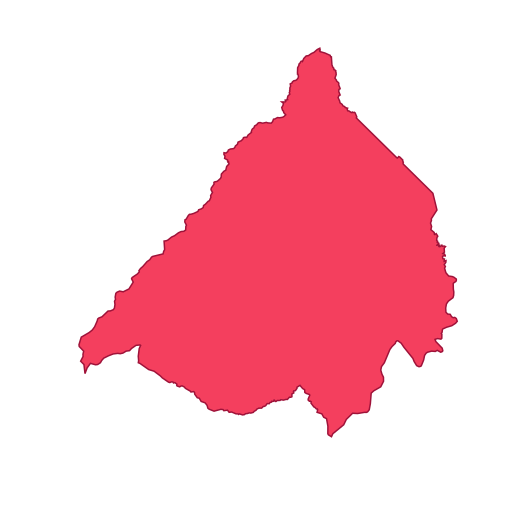 the district of Campoalegre, Huila, Colombia, rotated 169°
{"feature_id": "7082276B79425124325602", "entity_name": "Campoalegre", "entity_type": "district", "adm_level": 2, "iso_a3": "COL", "parent_name": "Colombia", "parent_adm1": "Huila", "projection": "mercator", "projection_center": [-75.337, 2.645], "detail": "fine", "context": "isolated", "style": "filled", "palette": "rose", "viewbox_px": 512, "rotation_deg": 169, "n_neighbors": 0, "source": "geoboundaries", "source_scale": "gbopen_adm2", "svg_char_len": 6048}
<svg xmlns="http://www.w3.org/2000/svg" viewBox="0 0 512 512"><g transform="rotate(169 256 256)"><path d="M446.3,173.2L443.1,178.4L439.0,182.2L434.2,179.8L432.1,179.7L429.1,180.9L427.4,182.9L424.9,184.8L419.8,186.2L414.8,187.1L410.3,186.8L407.9,186.0L405.1,186.1L401.6,187.4L398.2,187.2L395.8,189.0L390.8,191.2L386.8,190.8L386.3,190.3L388.3,187.4L390.7,180.1L391.2,175.6L391.9,173.7L390.3,172.6L383.0,165.0L378.1,162.4L372.7,156.5L371.2,154.2L366.0,148.9L364.7,148.2L363.1,148.6L361.6,148.2L361.2,147.1L359.8,147.2L358.1,145.3L358.5,144.2L358.3,143.5L355.9,142.1L354.2,142.7L353.1,142.5L351.2,140.9L350.6,139.6L346.3,135.9L345.8,134.9L343.0,134.8L342.4,133.8L342.5,132.0L340.7,128.1L338.8,127.2L337.6,123.7L334.0,121.6L332.5,118.7L332.3,115.8L331.3,114.6L326.8,111.7L319.7,112.2L317.6,111.5L317.1,110.3L313.4,110.1L312.2,107.7L309.7,107.5L305.8,104.9L303.7,104.4L303.3,103.8L302.4,104.2L299.6,102.6L297.6,102.5L296.4,103.2L294.6,103.0L292.5,103.3L291.1,102.8L288.5,103.0L287.4,103.9L285.5,104.5L284.4,105.5L282.3,106.1L279.5,105.6L277.6,106.9L276.5,106.8L275.1,107.2L273.2,109.0L271.2,108.5L270.3,109.5L268.8,109.6L268.2,110.4L267.4,110.0L266.5,110.1L265.8,111.1L265.4,111.0L264.9,109.6L264.2,109.4L262.7,110.1L260.0,109.6L259.1,110.2L256.5,109.3L253.9,109.5L252.5,109.2L250.2,111.0L248.8,110.7L247.6,111.0L247.1,113.7L245.0,114.4L245.1,115.8L244.7,116.4L243.5,116.2L242.6,116.7L241.0,118.3L240.8,119.4L237.5,120.6L235.5,117.0L233.8,115.5L234.1,112.7L232.9,111.5L229.9,109.8L229.8,109.0L232.0,105.8L232.3,104.7L231.3,103.2L230.3,103.1L229.6,102.3L230.1,101.1L228.0,96.8L227.1,96.2L225.9,94.3L224.9,94.1L224.8,93.4L225.9,90.9L221.5,88.5L220.3,84.8L217.8,82.9L217.9,75.2L219.4,67.8L219.1,66.7L216.4,64.2L214.5,66.9L202.1,73.6L198.5,78.4L191.2,83.2L186.4,82.0L179.2,81.8L177.3,81.4L176.2,81.7L174.2,83.4L171.9,89.3L169.1,99.4L166.1,101.2L158.5,103.8L154.7,108.7L154.0,112.7L154.9,115.9L155.3,120.2L153.9,123.5L150.4,126.7L142.4,138.7L139.7,141.2L136.0,143.6L135.1,145.1L133.7,145.9L132.8,145.6L130.1,142.7L128.2,138.2L121.5,125.5L120.9,122.2L119.2,117.7L117.1,116.2L115.2,116.3L114.4,117.1L111.3,121.9L109.5,126.2L107.6,128.1L106.1,128.8L101.8,129.1L98.2,128.1L96.1,128.8L93.0,126.3L91.2,126.7L90.7,127.4L90.8,130.0L95.8,137.7L96.2,140.0L93.5,140.3L90.3,139.1L89.3,139.8L88.5,143.7L88.9,144.6L87.9,145.6L87.0,148.3L86.4,148.8L82.5,149.7L77.1,150.2L72.9,151.9L70.9,153.5L71.3,156.4L72.6,157.8L74.2,157.8L75.6,159.1L76.5,161.7L78.9,162.4L80.3,164.6L79.7,168.8L78.2,172.6L75.9,174.9L70.6,177.5L69.5,179.6L68.7,182.9L68.6,185.8L67.7,191.2L67.2,191.8L64.6,192.9L63.9,194.1L63.8,195.2L65.9,197.5L67.3,198.4L70.7,199.6L72.8,203.4L73.2,208.2L72.1,209.5L72.9,211.6L70.9,213.5L70.4,215.2L72.3,214.9L71.6,217.1L73.1,217.7L73.1,219.5L72.9,220.1L71.4,220.4L70.3,219.9L70.1,220.4L70.6,221.9L72.1,222.7L70.3,223.8L69.8,227.8L68.2,229.1L69.4,229.9L71.2,230.0L71.5,231.2L73.5,230.1L74.4,230.2L74.7,230.6L73.9,231.7L76.2,232.1L75.8,232.6L75.0,232.5L74.1,233.6L75.5,234.9L74.9,235.8L75.7,236.7L75.1,238.9L74.6,240.0L73.9,240.4L73.9,241.2L74.9,243.6L76.3,242.9L76.7,243.1L76.6,245.1L79.3,248.5L78.0,251.4L78.4,255.0L77.0,257.4L76.8,259.1L69.6,266.6L70.4,283.8L93.9,318.1L93.9,319.4L93.5,319.9L93.9,321.4L93.6,322.2L95.9,325.6L96.9,326.4L98.4,325.2L99.0,325.5L131.2,372.4L130.5,373.3L131.4,377.6L132.0,378.3L133.5,378.3L133.9,378.9L135.1,378.6L137.0,380.6L138.3,381.1L138.5,383.0L137.9,383.6L140.1,384.7L140.4,385.7L142.0,386.8L142.5,388.4L144.3,390.4L144.3,392.1L145.2,395.8L143.8,397.8L142.7,398.0L143.4,401.7L142.8,403.7L141.5,404.1L141.5,404.6L142.2,408.4L141.8,409.2L141.9,410.4L143.5,412.3L143.5,413.3L144.6,415.5L142.7,418.7L142.4,421.2L142.7,421.8L142.3,422.6L143.0,423.5L144.0,424.1L143.8,425.5L144.5,426.4L145.0,429.2L144.0,437.1L144.7,437.3L144.9,438.8L149.6,442.1L154.1,444.4L154.5,445.2L154.2,445.8L153.7,445.9L153.7,447.8L156.5,447.0L160.3,444.8L162.9,444.2L166.3,442.7L168.6,442.8L171.4,440.8L173.2,438.2L173.4,438.6L174.7,438.5L176.1,436.9L177.2,436.2L177.5,435.0L179.2,432.9L180.4,427.7L180.3,427.1L180.6,426.7L180.1,426.1L180.1,423.9L180.8,422.6L182.3,421.3L183.5,420.8L185.5,420.8L187.1,419.9L187.6,419.0L189.6,418.4L189.6,416.2L190.7,414.5L190.9,413.0L191.4,412.1L191.3,411.4L192.2,409.9L191.9,408.4L194.1,407.0L195.3,404.5L195.1,403.5L197.6,403.4L197.2,402.4L197.4,401.9L198.1,401.7L201.3,402.3L199.9,400.6L200.9,398.5L202.4,396.9L202.2,394.4L202.0,393.6L201.4,393.1L201.4,391.4L199.9,388.9L201.9,387.6L203.5,387.1L206.6,387.2L208.5,387.8L211.4,386.9L212.7,387.0L214.1,384.7L215.7,383.5L219.0,384.4L220.4,385.2L224.2,385.1L226.5,386.2L227.9,386.3L229.0,385.9L230.1,384.8L232.6,383.9L233.5,382.3L235.3,381.4L236.0,380.6L237.0,378.8L236.9,378.2L240.6,376.3L242.5,374.2L244.0,374.7L245.7,374.6L246.2,373.6L248.4,372.0L251.9,371.2L252.9,369.2L255.3,367.9L256.0,366.7L257.4,365.7L260.8,365.9L262.9,365.3L263.8,363.8L265.9,362.8L267.7,363.5L268.1,361.9L267.4,359.9L268.2,357.8L265.6,355.7L265.8,354.5L265.1,354.0L265.6,353.3L264.9,352.5L265.0,351.5L267.7,349.5L269.3,346.0L271.4,345.3L274.4,343.0L275.1,340.2L276.1,338.9L279.8,336.7L282.8,336.6L283.3,336.2L283.5,334.5L286.8,331.4L287.2,330.6L287.5,329.6L286.6,326.7L289.0,324.0L289.1,322.2L291.2,319.2L292.6,318.8L295.9,316.4L297.8,315.6L298.6,313.6L300.7,312.7L303.5,312.3L304.5,310.8L308.9,309.7L311.8,309.4L313.4,309.6L314.7,308.7L317.6,305.4L318.8,305.1L319.4,303.0L318.4,299.5L319.2,298.5L320.1,294.9L322.2,294.0L324.8,294.3L327.7,293.6L332.0,291.5L335.3,290.7L339.4,288.5L341.1,288.1L343.4,288.2L344.4,280.2L344.7,279.3L345.7,278.3L346.8,275.8L357.5,275.3L358.8,274.8L361.0,272.6L364.0,271.3L369.1,267.3L371.7,265.8L373.7,264.0L373.6,262.7L375.8,261.0L381.7,258.5L382.5,257.4L381.5,253.8L387.0,247.9L393.2,246.2L396.6,247.6L399.3,247.0L400.7,246.1L402.1,242.5L402.2,240.2L403.5,238.6L403.7,235.3L405.0,231.7L406.4,230.5L409.4,229.9L411.8,230.2L418.8,225.7L422.2,225.1L423.4,224.4L424.3,222.5L427.9,217.3L430.8,214.6L434.4,212.7L443.0,209.7L446.7,202.7L446.8,200.9L443.3,195.5L444.6,192.6L444.9,190.4L448.2,186.2L445.6,182.3L446.3,173.2Z" fill="#f43f5e" stroke="#9f1239" stroke-width="1.5"/></g></svg>